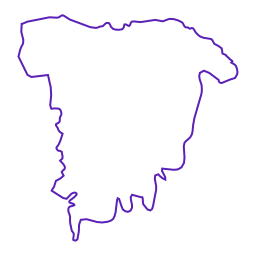 Sylhet, Equal Earth projection
{"feature_id": "BGD-2488", "entity_name": "Sylhet", "entity_type": "Division", "adm_level": 1, "iso_a3": "BGD", "parent_name": "Bangladesh", "parent_adm1": "", "projection": "equal_earth", "projection_center": [91.663, 24.595], "detail": "fine", "context": "isolated", "style": "outline", "palette": "violet", "viewbox_px": 256, "rotation_deg": 0, "n_neighbors": 0, "source": "natural_earth", "source_scale": "10m", "svg_char_len": 3105}
<svg xmlns="http://www.w3.org/2000/svg" viewBox="0 0 256 256"><path d="M189.9,137.6L188.3,139.2L186.2,140.8L184.5,142.8L183.8,146.3L184.5,157.7L184.0,162.9L181.4,167.4L177.8,169.4L173.7,169.8L162.2,168.6L162.0,170.8L165.2,177.1L165.3,179.6L162.6,178.3L159.5,175.7L158.3,174.3L155.2,175.5L154.8,178.9L156.2,186.3L156.1,189.9L153.1,205.7L152.1,209.0L150.3,210.4L147.5,209.5L143.3,204.3L143.0,202.7L142.7,198.5L142.4,197.3L140.9,197.2L132.1,194.8L130.7,197.3L131.1,200.8L132.0,204.6L132.0,207.8L130.5,210.7L128.0,211.8L125.3,211.3L122.8,209.4L121.6,206.5L119.1,199.0L117.7,198.3L117.0,200.5L115.6,212.3L114.5,216.3L113.2,218.9L111.1,220.5L107.9,221.7L102.2,222.5L97.0,222.0L86.5,219.2L80.8,219.8L79.1,224.6L78.8,231.7L77.4,239.3L75.7,240.6L74.2,240.3L73.2,239.8L73.2,239.7L73.3,238.6L73.7,235.5L73.8,234.0L73.8,233.8L73.0,232.4L71.8,230.7L71.1,227.7L70.9,226.4L70.4,224.4L70.2,223.1L70.0,219.7L70.1,217.4L69.9,215.8L69.4,214.2L68.4,211.4L68.3,209.7L68.5,208.3L68.9,207.5L69.5,206.9L70.0,206.6L70.5,206.4L73.5,205.6L74.0,205.4L74.4,205.0L74.2,204.6L73.5,203.9L70.1,202.8L69.4,202.3L69.4,201.4L69.7,200.7L70.2,200.2L74.0,197.4L75.9,195.5L76.5,194.8L76.6,194.1L76.5,193.5L75.7,192.8L74.7,192.6L73.1,192.9L72.1,193.4L71.2,194.0L66.6,198.8L63.1,198.0L51.7,190.7L52.8,188.5L53.9,187.2L55.9,180.9L60.6,178.3L63.6,175.7L61.7,172.0L63.3,170.0L64.2,169.6L64.9,167.9L64.7,166.5L64.0,165.1L63.1,163.9L60.1,160.6L62.4,158.5L62.6,156.3L62.3,155.3L61.8,151.9L60.1,150.9L58.6,150.8L57.5,150.1L56.5,148.5L56.5,147.8L56.6,147.1L57.0,146.7L58.0,145.5L59.2,143.4L60.6,140.0L62.6,133.7L60.1,132.1L59.4,131.4L58.5,130.2L57.8,128.2L56.1,125.6L56.0,124.2L56.8,123.6L58.2,123.0L59.2,122.2L59.7,121.2L59.8,120.0L59.8,119.0L59.9,117.7L60.3,116.6L60.9,115.6L61.3,114.6L61.4,113.1L60.8,110.9L60.1,109.5L58.6,108.6L54.4,108.4L53.3,108.5L52.5,108.7L51.8,108.8L51.1,108.4L50.2,105.1L51.2,95.4L50.7,87.1L49.8,83.3L48.0,75.0L31.5,77.0L27.5,74.9L18.5,56.6L20.1,50.0L21.3,46.9L22.8,44.1L23.2,42.3L23.3,39.9L21.3,31.8L21.7,23.8L22.9,23.6L27.3,21.7L49.4,17.3L57.1,17.7L58.8,17.3L61.8,15.4L63.3,15.4L70.0,19.6L90.4,27.2L95.8,27.9L97.2,27.7L100.0,26.6L101.5,26.4L103.1,25.9L105.4,23.6L106.6,22.9L109.0,23.1L110.0,24.6L110.9,26.7L113.1,28.9L115.5,29.6L119.0,29.8L122.3,29.2L123.7,27.5L124.4,24.5L126.0,24.4L127.8,25.5L129.0,26.0L130.0,25.0L130.8,22.8L131.7,21.7L133.8,21.4L140.5,22.1L155.2,19.9L162.9,21.3L165.5,20.3L169.2,18.9L173.7,19.1L178.1,20.4L181.8,22.2L182.9,23.3L184.2,25.9L185.0,26.9L186.1,27.4L188.1,27.5L189.1,28.4L189.9,28.7L191.8,28.0L192.9,28.3L193.8,29.3L195.8,32.5L197.8,34.6L199.4,36.0L201.3,37.0L203.8,37.8L211.0,39.0L212.2,40.0L214.4,43.9L218.3,45.9L221.7,48.4L222.3,51.9L222.5,53.6L223.6,54.0L226.0,55.1L226.1,55.6L230.5,59.7L231.8,60.5L232.4,61.4L231.3,62.6L234.6,64.5L236.0,66.0L237.0,69.0L237.5,72.2L237.1,74.3L235.1,78.0L230.2,79.5L221.7,83.0L220.4,82.8L219.4,82.2L218.8,81.2L218.6,79.9L209.2,72.9L203.9,70.7L199.9,72.9L199.2,76.0L199.7,79.2L199.7,79.3L201.6,85.2L201.8,88.2L201.8,91.1L201.4,94.0L194.4,118.1L193.1,125.3L192.5,131.7L191.8,134.5L190.3,137.2L189.9,137.6Z" fill="none" stroke="#5b21b6" stroke-width="2"/></svg>